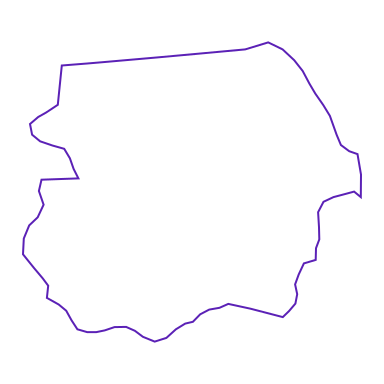 Formosa do Sul, Santa Catarina, Brazil
{"feature_id": "56859067B9697158571656", "entity_name": "Formosa do Sul", "entity_type": "district", "adm_level": 2, "iso_a3": "BRA", "parent_name": "Brazil", "parent_adm1": "Santa Catarina", "projection": "orthographic", "projection_center": [-52.793, -26.635], "detail": "fine", "context": "isolated", "style": "outline", "palette": "violet", "viewbox_px": 384, "rotation_deg": 0, "n_neighbors": 0, "source": "geoboundaries", "source_scale": "gbopen_adm2", "svg_char_len": 1056}
<svg xmlns="http://www.w3.org/2000/svg" viewBox="0 0 384 384"><path d="M302.7,71.0L294.2,60.2L282.6,49.4L268.2,42.4L245.2,49.4L199.4,53.6L157.6,57.4L102.5,62.2L87.2,63.5L61.8,65.5L57.8,104.8L46.0,112.6L38.2,117.0L30.0,124.0L32.1,134.7L40.1,141.3L52.4,145.5L64.2,148.8L69.9,158.3L73.6,168.9L78.4,178.4L41.5,179.7L38.9,191.0L43.6,204.7L37.7,217.3L29.2,225.4L23.8,238.5L23.0,254.3L34.0,268.0L42.6,278.2L48.2,285.7L46.9,297.9L58.7,304.5L66.2,310.7L71.6,320.4L77.4,329.3L87.1,332.1L96.4,332.1L104.7,330.4L114.5,327.1L126.1,326.9L134.9,330.8L142.9,336.8L154.7,341.6L166.4,337.9L175.9,329.3L185.2,323.6L192.9,321.8L200.2,314.3L209.2,309.6L219.5,307.8L228.3,303.9L250.5,308.7L282.8,317.1L289.0,311.1L295.4,303.6L297.2,294.2L295.1,284.4L298.7,274.5L303.9,263.4L315.7,259.9L316.0,248.2L319.3,239.4L319.0,227.2L318.1,212.2L323.5,201.8L333.5,197.1L344.1,194.3L354.1,191.6L360.8,197.1L361.0,174.6L357.5,154.1L349.2,151.2L340.9,145.0L336.6,134.7L333.5,126.0L329.9,115.9L323.3,105.1L315.3,93.6L309.4,83.6L302.7,71.0Z" fill="none" stroke="#5b21b6" stroke-width="2"/></svg>